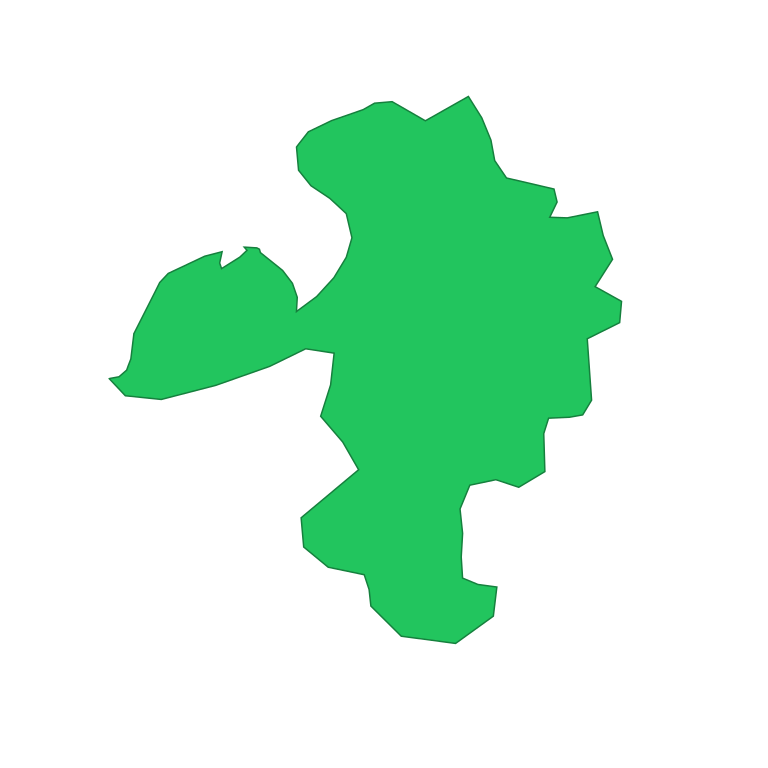 outline of Anenii Noi, rotated 251°
{"feature_id": "MDA-1629", "entity_name": "Anenii Noi", "entity_type": "District", "adm_level": 1, "iso_a3": "MDA", "parent_name": "Moldova", "parent_adm1": "", "projection": "orthographic", "projection_center": [29.256, 46.95], "detail": "fine", "context": "isolated", "style": "filled", "palette": "green", "viewbox_px": 768, "rotation_deg": 251, "n_neighbors": 0, "source": "natural_earth", "source_scale": "10m", "svg_char_len": 1335}
<svg xmlns="http://www.w3.org/2000/svg" viewBox="0 0 768 768"><g transform="rotate(251 384 384)"><path d="M429.4,346.9L442.8,321.4L437.9,281.6L437.5,224.7L441.9,168.4L457.1,135.6L478.4,126.0L478.5,126.6L477.1,135.8L480.9,145.2L484.4,148.0L490.1,152.8L513.2,164.0L513.3,164.2L545.8,197.7L553.0,205.0L558.8,216.0L563.2,256.1L561.8,274.0L560.8,273.4L551.9,268.0L546.0,268.0L550.9,289.0L555.0,298.0L555.2,297.9L558.9,296.4L558.7,297.0L554.1,308.1L552.0,310.1L548.5,309.9L524.4,325.1L509.0,330.2L494.2,330.2L481.0,324.8L488.6,348.8L500.8,371.2L516.1,389.6L519.2,391.8L532.7,401.3L557.4,403.8L577.2,393.2L595.2,379.5L613.9,372.8L636.5,378.4L636.8,378.8L638.7,381.6L647.1,394.6L650.1,420.1L650.2,453.5L652.6,466.5L648.3,483.6L619.4,508.8L628.4,557.4L603.8,563.1L579.7,564.5L559.2,561.4L538.9,566.9L513.0,608.2L499.7,606.9L487.7,595.0L481.4,611.4L477.3,642.0L453.0,639.6L427.5,640.7L407.3,615.3L384.8,635.5L365.3,626.8L360.6,590.9L301.1,575.0L290.1,561.8L292.2,548.5L298.1,528.5L285.1,518.9L248.8,507.6L242.5,477.8L257.1,458.6L260.4,432.2L241.1,415.2L217.2,409.7L195.3,400.7L174.9,395.1L163.9,407.5L155.3,424.6L128.9,411.8L115.4,367.2L139.9,318.2L178.3,299.3L194.5,303.0L210.1,303.2L228.9,271.6L256.0,255.0L284.5,262.1L311.2,332.1L342.5,326.1L374.1,313.6L400.5,333.2L429.4,346.9Z" fill="#22c55e" stroke="#15803d" stroke-width="1.5"/></g></svg>